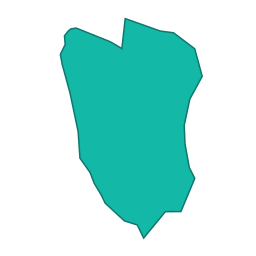 outline of O'giinuur, Arhangay, Mongolia, rotated 93°
{"feature_id": "93677404B35332958759491", "entity_name": "O'giinuur", "entity_type": "district", "adm_level": 2, "iso_a3": "MNG", "parent_name": "Mongolia", "parent_adm1": "Arhangay", "projection": "mercator", "projection_center": [102.599, 47.708], "detail": "fine", "context": "isolated", "style": "filled", "palette": "teal", "viewbox_px": 256, "rotation_deg": 93, "n_neighbors": 0, "source": "geoboundaries", "source_scale": "gbopen_adm2", "svg_char_len": 594}
<svg xmlns="http://www.w3.org/2000/svg" viewBox="0 0 256 256"><g transform="rotate(93 128 128)"><path d="M18.9,136.5L49.0,138.3L45.7,144.5L42.7,150.5L30.9,185.0L32.0,190.1L34.1,192.6L39.3,196.3L47.8,195.1L58.1,199.4L68.0,197.0L96.2,187.7L134.3,177.6L160.7,174.4L174.5,163.5L174.7,163.4L185.1,158.8L196.0,151.4L204.3,146.8L204.4,146.7L221.0,126.7L224.3,113.7L237.1,106.6L209.6,86.3L208.7,70.8L183.3,61.7L174.8,58.7L164.3,64.7L141.6,70.1L141.4,70.2L122.3,72.0L96.0,67.8L72.5,56.6L45.4,65.5L30.5,87.6L30.5,87.8L29.5,100.8L18.9,136.5Z" fill="#14b8a6" stroke="#0f766e" stroke-width="1.5"/></g></svg>